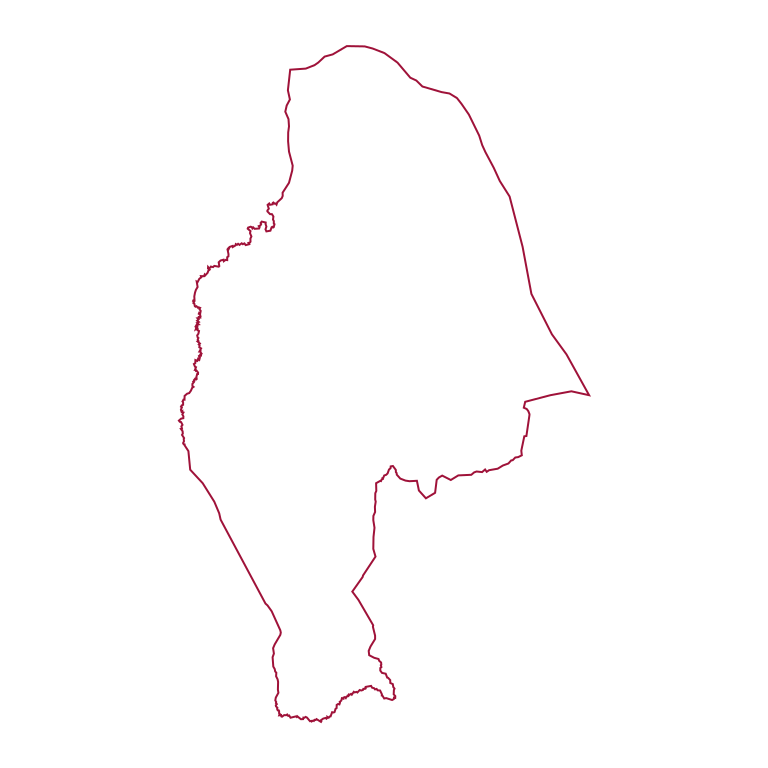 East Gonja Municipal, Northern, Ghana
{"feature_id": "2480657B20562210440652", "entity_name": "East Gonja Municipal", "entity_type": "district", "adm_level": 2, "iso_a3": "GHA", "parent_name": "Ghana", "parent_adm1": "Northern", "projection": "natural_earth1", "projection_center": [-1.128, 8.347], "detail": "fine", "context": "isolated", "style": "outline", "palette": "rose", "viewbox_px": 768, "rotation_deg": 0, "n_neighbors": 0, "source": "geoboundaries", "source_scale": "gbopen_adm2", "svg_char_len": 6108}
<svg xmlns="http://www.w3.org/2000/svg" viewBox="0 0 768 768"><path d="M183.7,438.9L184.0,441.2L183.1,443.1L183.7,444.3L184.6,444.4L184.8,445.6L188.4,451.1L190.2,469.7L202.7,483.2L214.3,501.7L219.2,513.3L220.6,519.6L265.5,603.6L267.5,605.4L271.7,611.3L280.3,630.3L280.8,632.6L280.3,634.9L274.7,644.4L273.1,648.2L273.9,653.6L272.6,657.2L273.3,666.6L274.7,669.0L275.2,671.5L276.3,672.7L276.1,676.3L277.6,679.3L278.1,681.9L277.9,689.7L278.4,692.8L275.8,697.6L275.3,700.4L276.2,702.0L275.9,703.1L276.8,704.1L275.8,705.3L276.0,706.3L277.4,707.8L277.1,708.9L277.7,710.3L278.7,710.3L279.1,711.0L279.1,713.2L279.7,713.7L279.2,715.3L281.1,715.0L281.3,716.4L282.0,716.7L284.2,715.1L286.2,715.2L287.2,714.5L288.2,715.9L289.2,715.5L290.5,717.7L295.9,716.4L296.7,717.0L297.2,716.2L300.9,719.2L303.1,719.1L303.4,717.6L304.3,717.8L305.6,716.9L307.0,717.6L310.0,721.2L311.5,720.9L311.7,721.4L313.4,720.5L313.9,720.9L314.8,719.8L315.7,720.0L316.5,719.1L321.0,721.9L321.4,721.2L321.1,720.1L323.2,718.6L325.7,717.9L326.4,718.7L327.5,717.8L327.4,716.9L328.7,717.7L329.7,716.5L330.6,716.4L332.1,712.2L333.7,712.5L334.6,712.0L335.5,708.9L336.6,708.1L336.7,704.9L338.1,704.0L339.4,704.4L340.0,702.7L339.7,701.9L341.3,700.6L341.9,698.2L343.4,698.7L343.5,697.6L344.8,697.1L345.8,698.1L346.7,696.5L348.2,696.2L348.0,695.4L348.7,695.2L348.9,694.5L349.6,694.8L351.0,693.9L351.8,694.7L353.8,691.8L354.6,692.4L356.5,691.9L357.4,692.5L359.7,690.0L361.2,690.5L362.9,690.0L363.3,688.9L364.9,688.9L365.2,688.0L365.7,688.1L365.7,686.9L371.1,685.9L372.1,687.7L374.1,688.2L375.0,689.4L376.6,688.9L377.6,690.3L380.1,690.5L381.9,694.3L381.8,695.5L382.4,695.6L384.2,698.5L386.2,698.1L392.1,700.0L393.8,699.1L394.0,697.6L395.2,697.9L395.3,696.1L393.7,694.3L393.9,690.1L394.5,688.6L393.3,687.1L392.8,684.1L390.3,683.0L390.2,680.1L388.1,677.8L387.2,677.6L385.7,673.7L382.0,672.9L380.3,670.6L380.3,668.0L381.4,667.1L380.8,665.2L381.3,664.7L381.1,662.5L379.2,660.8L378.5,659.0L374.2,657.8L369.2,655.2L368.7,650.9L370.5,646.5L375.1,639.0L375.1,635.7L372.9,626.7L373.2,625.3L358.5,600.0L352.3,591.6L362.7,576.9L363.0,575.5L375.5,556.6L373.3,548.9L373.5,537.0L374.5,527.8L373.3,520.1L373.4,515.9L375.1,512.0L374.9,506.8L375.7,501.6L375.2,499.5L375.3,493.2L376.3,490.9L376.1,483.2L380.2,480.9L381.0,481.1L381.7,479.4L382.8,479.0L382.6,478.1L383.2,478.0L384.2,475.5L386.2,474.8L387.6,473.4L389.0,469.5L390.5,468.3L390.7,466.4L392.9,466.0L395.8,469.9L395.9,472.2L396.6,473.0L396.8,474.7L400.3,478.6L405.5,480.6L409.5,481.2L416.9,480.8L418.9,490.5L425.9,498.3L435.1,492.8L436.7,479.8L438.9,477.5L442.2,475.6L450.8,480.0L458.3,475.4L471.3,474.8L474.1,472.4L476.6,471.5L482.1,472.1L485.1,469.5L486.7,471.8L489.1,470.2L497.7,468.7L502.9,465.5L508.4,463.5L511.2,460.4L512.7,460.2L515.3,457.5L518.2,457.1L521.8,455.3L521.3,450.7L524.3,436.3L526.4,436.0L529.4,415.5L529.5,414.2L528.3,411.1L526.7,409.0L523.8,407.7L525.2,401.8L550.4,395.2L571.4,391.3L589.1,395.2L566.5,354.4L551.9,334.3L531.4,293.9L522.6,246.8L509.6,196.5L499.8,181.0L493.8,167.9L485.4,152.1L482.2,145.1L479.2,135.6L468.9,114.6L461.6,104.0L457.0,98.1L449.5,93.5L441.6,92.1L422.4,86.5L416.3,80.5L410.3,77.7L397.5,62.6L384.5,53.1L372.6,48.5L364.7,46.4L346.8,46.1L332.7,54.4L324.6,56.6L318.2,62.6L314.6,65.1L305.8,68.6L290.2,69.7L287.9,90.3L289.9,99.5L286.7,105.5L285.3,111.7L288.5,119.1L289.0,126.4L288.2,132.4L288.1,141.3L289.0,151.6L292.7,165.7L292.2,170.6L289.0,182.8L282.6,192.7L282.7,195.9L281.8,198.1L277.3,202.3L276.5,204.6L275.6,203.5L274.7,203.7L273.4,202.5L272.8,202.9L272.7,204.3L269.9,204.8L269.2,203.5L267.6,204.9L268.8,208.7L267.4,210.5L267.4,211.4L270.0,214.1L271.9,214.1L273.4,216.5L273.0,219.6L273.8,221.0L273.8,223.6L274.5,224.2L273.7,227.2L273.1,227.5L272.3,226.8L271.6,227.3L270.4,230.7L266.4,231.4L265.5,229.3L266.4,226.6L265.6,224.2L265.7,222.5L261.7,221.6L260.6,223.0L261.2,224.0L260.5,225.3L258.8,226.1L259.6,227.1L259.1,228.5L254.6,228.8L253.2,227.4L252.4,228.4L251.8,227.2L250.7,226.7L248.1,227.6L247.7,228.7L250.5,231.1L250.0,233.1L251.4,236.5L250.4,238.6L250.5,241.7L250.0,242.5L248.5,242.9L249.2,244.2L245.7,245.1L244.4,243.4L242.8,244.2L241.7,243.3L239.5,244.9L238.1,243.8L237.0,244.8L235.8,244.1L235.4,245.5L232.8,247.0L232.6,245.9L229.7,246.9L228.7,249.0L228.3,248.3L227.5,249.3L228.5,254.2L228.4,256.4L227.2,257.2L227.2,260.1L225.6,259.9L223.8,261.2L223.5,259.7L220.6,260.5L218.7,262.3L219.3,266.1L218.7,266.7L214.3,265.9L213.1,267.1L210.9,266.6L210.4,267.6L209.0,268.0L208.1,267.0L208.0,268.5L209.6,269.7L208.3,270.8L207.6,272.8L205.1,275.5L204.6,274.7L204.0,276.2L200.9,276.1L201.3,277.3L199.3,278.8L197.6,282.1L196.7,281.6L197.6,287.0L195.9,289.9L195.0,292.7L194.3,296.4L194.5,300.2L193.4,300.3L193.1,301.0L194.2,301.6L193.4,303.0L194.4,303.8L194.8,306.1L195.5,306.7L196.5,306.2L197.9,307.7L198.6,307.3L200.1,307.9L199.4,309.0L200.7,310.9L200.2,313.4L199.2,312.8L198.8,313.8L200.1,314.6L200.5,316.5L199.2,316.8L199.9,317.7L197.5,318.2L198.6,319.3L197.1,320.7L198.8,322.0L197.1,322.9L198.6,324.3L197.6,324.4L197.4,326.3L196.4,325.2L195.5,326.7L196.3,327.7L195.8,329.2L197.0,328.4L197.7,328.9L197.5,330.2L199.0,331.0L198.4,333.7L197.2,335.4L197.7,337.5L198.4,338.0L197.7,339.7L198.4,340.9L197.5,341.4L199.9,343.5L198.8,344.5L199.6,345.3L199.3,347.3L201.1,348.4L199.5,351.4L200.5,351.3L200.4,352.1L201.5,353.6L200.5,354.3L201.1,354.7L201.0,355.7L199.2,356.0L199.9,357.5L199.3,359.8L198.7,359.3L198.1,360.0L197.9,359.1L197.0,360.9L195.4,360.1L195.3,363.1L193.9,364.0L195.0,366.7L196.0,367.2L195.0,369.8L195.7,369.7L196.0,370.9L196.6,370.7L198.1,372.6L198.0,374.0L197.2,374.0L196.4,376.9L196.7,379.0L196.2,379.4L195.2,378.6L194.0,380.1L194.4,380.8L193.3,381.6L193.8,382.2L192.4,383.9L192.4,386.0L193.5,386.9L192.2,387.8L190.9,390.7L189.2,393.1L187.1,393.7L184.6,395.9L184.5,399.7L183.5,399.6L182.5,401.5L183.1,402.1L183.1,404.8L181.7,405.4L181.0,406.7L181.9,407.3L180.9,409.7L181.5,411.6L182.3,411.1L182.3,412.2L183.4,412.5L182.3,414.4L183.4,416.3L183.3,418.2L181.2,418.6L178.9,420.6L179.8,421.8L181.1,422.1L182.5,424.9L181.4,426.3L182.0,428.6L180.9,428.9L182.6,431.2L182.8,433.6L182.0,434.9L184.1,438.1L183.7,438.9Z" fill="none" stroke="#9f1239" stroke-width="2"/></svg>